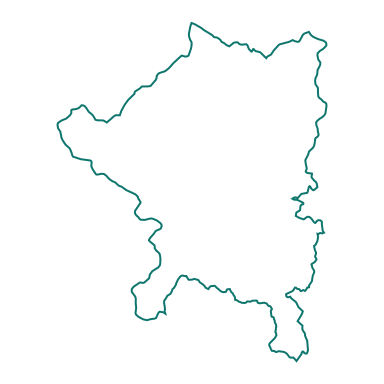 Quang Binh, Hà Giang, Vietnam
{"feature_id": "81297802B33189914091729", "entity_name": "Quang Binh", "entity_type": "district", "adm_level": 2, "iso_a3": "VNM", "parent_name": "Vietnam", "parent_adm1": "Hà Giang", "projection": "robinson", "projection_center": [104.681, 22.384], "detail": "fine", "context": "isolated", "style": "outline", "palette": "teal", "viewbox_px": 384, "rotation_deg": 0, "n_neighbors": 0, "source": "geoboundaries", "source_scale": "gbopen_adm2", "svg_char_len": 5975}
<svg xmlns="http://www.w3.org/2000/svg" viewBox="0 0 384 384"><path d="M325.8,42.3L323.3,40.6L318.1,39.1L313.3,36.9L311.0,35.1L308.9,31.9L304.5,33.5L303.6,34.1L302.7,35.1L300.0,40.3L298.8,41.6L297.7,41.9L294.7,41.1L292.7,40.1L288.9,41.9L279.5,44.4L278.7,45.0L273.7,50.5L271.1,54.5L267.2,56.7L266.2,58.2L260.7,52.7L259.8,52.1L255.9,51.2L254.5,50.2L253.7,49.1L253.0,49.2L251.9,51.5L251.5,51.6L251.0,51.3L248.8,48.9L247.5,45.3L246.2,44.2L241.8,44.7L240.3,44.4L239.1,43.8L237.6,42.3L236.4,42.3L234.1,42.6L233.3,43.1L229.4,46.3L227.7,45.7L226.0,44.7L224.1,43.1L221.5,41.8L220.4,39.9L218.5,38.4L216.9,37.5L214.3,37.2L213.6,36.8L212.4,35.2L203.8,30.0L201.2,27.9L194.9,24.3L191.5,23.0L190.4,26.1L188.8,34.4L189.2,37.0L190.1,39.7L191.6,42.4L191.6,44.9L191.1,48.2L188.6,55.5L187.3,56.3L185.4,56.6L182.1,55.7L181.5,55.7L173.3,63.2L170.6,66.4L168.3,68.7L165.1,71.2L159.5,73.0L158.3,73.8L157.2,75.1L156.7,76.2L156.5,78.2L155.8,79.9L150.9,85.6L150.0,86.1L147.7,86.4L141.9,86.5L139.8,88.5L135.2,91.4L134.6,92.3L134.4,93.9L128.3,99.8L124.7,104.7L121.4,110.7L119.8,115.3L115.9,115.2L114.5,115.8L106.8,122.5L103.7,120.6L102.6,120.4L97.6,120.3L96.5,120.1L95.4,119.7L93.4,116.2L92.0,114.4L88.7,111.8L86.5,108.3L85.0,106.4L83.8,105.6L81.7,105.2L79.4,107.5L78.1,108.4L75.2,109.2L72.3,109.5L71.3,110.1L71.3,113.0L70.1,115.2L66.2,118.6L61.5,120.5L58.2,122.8L57.7,124.0L57.5,125.0L58.1,128.3L60.3,131.6L61.6,138.2L63.2,141.2L65.6,144.7L69.8,148.5L71.3,152.0L72.4,155.6L73.1,156.7L80.8,159.2L90.4,160.5L91.4,161.3L91.6,162.4L91.3,166.1L92.4,168.8L95.6,173.8L96.3,174.5L98.1,174.5L101.2,173.8L104.0,174.0L106.3,175.7L109.1,178.9L112.5,181.3L114.9,182.2L118.8,185.7L121.4,186.6L126.5,190.2L135.4,194.3L137.9,196.8L137.9,197.8L140.5,202.0L140.5,202.8L135.1,210.8L135.0,213.1L135.3,214.0L136.6,215.7L138.3,217.0L139.0,218.3L140.5,219.7L144.8,219.9L150.9,218.4L152.6,218.7L156.6,220.3L160.3,223.0L161.4,224.5L161.7,226.1L160.8,228.5L159.3,229.4L156.4,230.6L155.5,231.2L153.8,233.8L150.3,237.7L149.0,239.8L149.0,240.4L149.9,241.5L154.5,245.3L154.7,246.2L154.7,248.2L156.2,250.6L158.1,252.1L159.6,253.8L160.3,257.2L160.4,259.4L160.2,263.6L159.8,265.5L158.2,267.5L152.4,271.1L149.9,274.5L149.1,278.3L144.3,282.5L143.3,282.9L139.9,282.5L133.8,286.6L131.9,288.8L131.7,290.4L131.8,292.0L135.2,296.5L135.8,298.7L135.7,303.1L136.2,308.0L135.5,312.8L136.0,314.6L138.7,317.0L143.4,319.4L147.0,320.2L150.5,319.2L154.7,318.6L156.1,318.0L158.1,313.4L159.0,312.2L159.7,311.7L163.7,312.4L165.4,313.7L165.3,313.1L164.4,312.0L165.0,309.6L164.6,305.7L164.1,303.5L164.2,300.8L166.1,298.0L167.3,295.8L169.9,294.2L170.6,293.6L171.8,291.4L172.5,289.2L174.2,287.6L175.5,285.4L176.1,284.2L176.2,283.2L177.0,281.8L177.8,279.8L180.3,276.5L181.0,276.0L182.5,275.5L184.6,276.1L186.3,276.0L188.3,279.4L188.9,279.8L192.3,279.6L194.2,278.9L198.3,280.0L199.8,282.3L203.0,284.5L204.8,286.3L205.5,287.6L208.1,289.0L208.4,289.1L209.6,287.1L210.7,286.2L214.6,285.8L215.4,286.3L216.8,287.9L218.5,289.1L220.1,290.8L222.4,292.0L223.8,292.2L226.1,291.7L226.9,289.6L228.3,289.1L229.9,289.1L230.6,291.0L231.4,292.2L232.7,293.3L233.5,295.0L234.6,296.4L235.1,298.4L235.1,299.8L237.2,300.4L238.6,301.5L242.0,302.8L244.4,303.0L245.8,302.7L247.3,301.4L250.5,301.7L252.3,300.7L256.6,300.6L257.2,301.0L257.4,302.0L257.9,302.8L258.3,303.0L259.7,303.3L264.2,302.7L266.6,303.5L268.6,306.0L269.9,306.1L270.5,306.5L271.8,308.7L271.9,309.3L271.0,310.4L270.8,311.3L271.4,315.8L271.7,316.7L272.7,316.9L273.7,317.5L274.1,319.6L274.6,320.2L274.9,322.7L275.9,324.2L276.3,326.8L275.9,327.7L275.8,330.2L275.3,331.9L276.1,333.2L276.4,335.3L274.9,338.0L269.8,343.2L269.3,344.2L269.2,345.3L270.5,347.9L270.9,349.2L271.9,350.8L274.2,351.0L275.9,352.0L276.7,352.0L278.2,351.3L279.1,351.2L284.1,352.0L285.8,352.9L287.2,354.1L289.3,357.0L290.4,357.6L293.5,357.6L296.5,361.0L301.4,354.2L301.8,352.4L302.6,351.5L303.0,351.5L303.6,351.9L303.9,352.6L305.3,353.5L306.6,353.6L307.1,353.0L308.0,350.2L307.2,340.9L305.1,335.8L304.9,333.5L302.9,330.5L302.5,329.5L302.3,328.0L302.5,325.7L297.6,321.2L301.8,314.2L302.8,311.5L302.7,311.1L298.4,307.1L296.4,302.8L295.5,301.7L291.1,298.2L290.3,296.7L288.1,297.3L286.9,296.9L286.3,296.0L286.1,294.1L292.3,291.2L293.4,290.2L294.9,287.6L296.0,287.7L297.2,288.9L299.1,289.1L300.6,291.0L301.3,291.0L303.1,290.1L303.6,290.1L304.7,290.9L305.0,290.9L306.1,289.7L307.3,287.5L309.1,287.3L309.0,286.0L309.4,285.0L311.9,281.2L312.7,276.0L314.3,272.0L314.0,270.4L312.6,268.3L311.5,264.5L311.7,264.0L314.5,262.2L316.0,260.5L316.5,259.4L316.4,259.0L315.2,256.9L315.1,256.2L316.0,253.7L316.0,252.6L314.9,250.0L314.0,246.0L315.5,244.9L317.3,241.3L318.1,237.1L317.5,233.8L318.4,234.0L320.1,233.0L322.3,233.4L324.0,232.7L322.7,230.8L321.8,223.9L321.9,221.8L321.0,220.8L320.1,220.3L318.2,220.2L316.7,221.1L316.1,222.3L315.1,223.0L313.9,222.1L311.4,218.6L309.3,216.9L307.3,216.8L303.8,219.3L303.4,219.3L299.3,217.9L295.8,215.9L296.2,213.0L297.2,211.9L298.8,211.1L300.1,210.1L300.4,206.6L300.9,205.2L301.9,204.5L302.9,204.4L303.4,203.8L303.3,203.0L302.7,202.5L297.2,199.8L294.3,199.7L292.4,198.7L294.3,197.5L295.7,197.4L297.8,198.0L301.4,193.9L307.0,192.9L307.7,192.0L308.8,187.0L309.6,186.2L310.6,187.1L311.1,188.4L313.1,190.2L313.9,190.1L317.4,187.2L316.7,183.5L315.9,181.9L314.4,180.8L311.8,177.7L311.5,176.4L312.1,174.0L311.9,173.5L308.8,173.2L306.7,172.7L305.8,171.8L305.7,171.3L306.7,168.9L306.6,167.5L305.8,164.1L305.3,160.2L308.2,154.6L308.9,151.9L309.5,151.0L312.9,147.9L314.0,146.0L314.6,143.7L315.2,139.0L315.6,138.1L317.2,137.0L318.3,135.7L318.6,134.7L317.8,131.1L317.6,128.5L316.4,125.3L316.1,122.5L317.2,120.9L319.6,118.8L322.1,117.3L324.1,115.5L325.4,113.5L326.5,106.0L326.3,103.9L325.4,102.6L323.5,101.8L321.2,99.3L319.3,98.0L318.6,97.0L318.3,96.4L318.0,93.2L317.9,88.1L317.6,87.3L315.7,84.6L315.3,83.1L315.1,80.2L315.6,77.9L316.7,75.8L317.2,74.2L317.6,70.0L319.6,66.2L320.3,64.2L320.3,62.4L318.6,60.0L318.1,59.0L317.4,55.0L317.7,53.2L319.7,51.1L323.3,48.8L326.3,45.6L326.4,43.9L325.8,42.3Z" fill="none" stroke="#0f766e" stroke-width="2"/></svg>